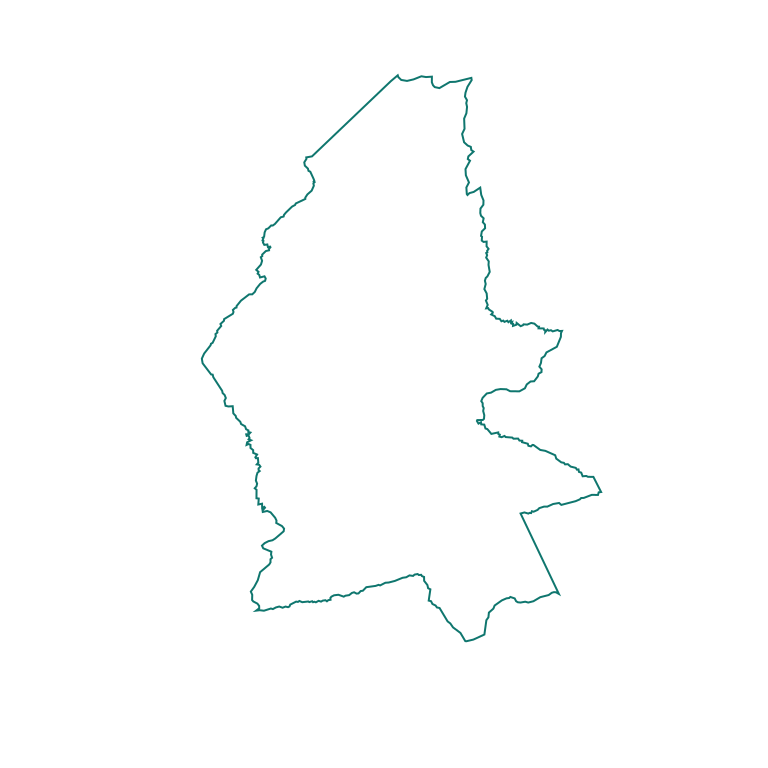 outline of Chinchipe, Zamora Chinchipe, Ecuador, rotated 63°
{"feature_id": "8360857B7366793693817", "entity_name": "Chinchipe", "entity_type": "district", "adm_level": 2, "iso_a3": "ECU", "parent_name": "Ecuador", "parent_adm1": "Zamora Chinchipe", "projection": "equal_earth", "projection_center": [-79.177, -4.854], "detail": "fine", "context": "isolated", "style": "outline", "palette": "teal", "viewbox_px": 768, "rotation_deg": 63, "n_neighbors": 0, "source": "geoboundaries", "source_scale": "gbopen_adm2", "svg_char_len": 6153}
<svg xmlns="http://www.w3.org/2000/svg" viewBox="0 0 768 768"><g transform="rotate(63 384 384)"><path d="M650.4,323.5L561.4,321.1L562.2,317.2L565.0,314.2L564.9,312.9L565.8,311.5L564.5,310.0L565.7,308.7L565.8,307.2L565.9,304.3L565.1,302.0L565.9,297.0L567.4,294.2L567.7,287.8L569.5,282.0L572.2,280.9L575.4,266.4L575.7,261.8L575.1,260.1L576.2,257.7L577.1,249.2L580.0,243.7L578.0,241.9L578.8,239.6L561.8,239.6L559.3,244.4L557.8,245.5L556.4,248.9L552.5,248.5L550.8,250.2L548.4,249.5L547.9,251.0L545.8,251.2L542.3,255.2L538.9,256.6L537.8,259.2L535.9,259.5L534.3,261.6L528.7,264.4L525.2,263.8L516.8,270.6L513.7,274.7L506.2,278.5L505.7,279.4L506.3,281.4L504.6,283.4L502.5,283.0L498.5,287.4L497.3,286.6L495.9,289.0L493.5,289.3L491.5,293.5L490.0,294.0L486.5,299.7L485.0,300.2L484.8,303.3L483.2,305.1L481.7,303.8L480.4,304.8L479.0,304.2L477.2,311.0L471.1,312.4L469.7,313.8L465.7,313.1L464.1,315.7L462.1,315.0L462.2,317.8L459.1,318.0L458.5,317.3L460.9,312.3L460.4,310.7L457.3,308.8L453.1,307.9L450.7,306.1L448.5,306.1L445.9,304.8L443.4,305.1L441.1,302.4L439.1,296.7L440.3,292.5L440.0,287.0L441.4,282.5L444.3,277.3L447.7,274.9L452.0,266.7L451.8,260.4L449.2,257.0L448.3,252.3L449.7,249.0L447.1,243.5L445.0,241.6L444.9,238.3L442.5,236.9L439.1,237.7L436.5,234.6L432.6,231.9L432.0,228.2L429.6,224.9L429.3,213.1L422.3,205.0L419.0,203.2L417.5,201.3L416.5,203.6L414.7,204.8L413.7,209.8L411.9,210.8L411.3,213.0L409.7,213.6L411.0,216.8L409.4,215.9L408.4,216.8L407.0,216.5L404.6,221.0L403.3,219.9L402.6,221.0L398.5,222.6L396.4,225.2L396.1,229.4L394.2,232.6L394.7,233.5L394.5,236.0L389.8,238.1L391.3,239.1L390.8,242.7L389.1,241.7L388.4,242.6L387.0,241.6L387.1,243.0L385.0,242.1L385.4,245.1L383.6,245.4L383.3,248.5L381.7,248.9L381.4,250.9L378.5,251.3L376.7,254.4L373.9,254.5L370.7,256.9L369.9,254.7L369.0,254.5L365.2,256.7L363.7,256.7L363.0,258.6L360.6,255.7L355.9,255.3L354.9,253.4L349.9,251.4L345.0,251.5L341.1,248.0L337.8,247.2L335.7,245.2L335.1,243.1L332.1,238.9L325.3,236.8L322.3,235.0L317.8,235.6L316.0,233.6L313.7,233.5L313.6,232.1L312.2,231.7L311.1,229.5L307.9,230.1L303.7,227.9L302.6,230.8L300.6,231.8L297.3,229.8L296.1,230.3L292.5,227.6L291.1,223.2L287.7,221.7L284.7,222.5L281.6,220.0L278.1,221.2L275.4,220.6L271.5,218.4L269.4,214.1L265.6,212.0L259.6,211.5L252.7,209.1L253.6,216.9L252.7,221.2L253.5,223.8L252.4,224.0L246.3,221.4L243.0,216.8L235.2,216.3L229.5,213.8L224.1,206.0L221.6,207.2L219.5,205.5L217.6,198.7L215.2,200.0L212.1,199.0L209.5,201.2L205.0,202.9L196.7,200.9L193.2,196.4L183.9,192.1L180.2,187.7L174.8,184.2L171.1,183.2L168.8,181.2L164.7,181.4L161.4,179.1L157.1,174.7L153.0,167.9L150.9,167.2L147.2,183.1L144.8,188.2L145.5,200.3L142.5,204.0L140.1,204.7L136.9,204.4L131.9,201.8L129.6,207.2L126.8,211.0L126.0,219.4L124.4,225.9L120.9,230.6L117.1,231.9L115.2,231.6L117.3,240.5L148.5,344.8L146.8,350.4L148.2,350.9L150.3,354.4L153.5,355.4L157.6,354.0L159.8,354.5L161.4,353.3L169.1,353.6L171.1,353.8L171.6,354.7L172.6,354.2L173.1,355.8L175.5,356.5L178.9,360.7L180.3,366.2L182.2,369.5L183.4,370.1L183.1,380.7L184.1,381.9L184.2,385.4L186.7,393.5L187.9,396.3L189.2,397.4L188.6,400.3L191.9,408.6L192.3,411.2L191.5,412.5L192.8,416.4L192.6,418.9L194.7,421.5L198.4,424.0L198.6,425.7L199.5,425.4L201.0,427.1L201.8,426.5L203.0,427.6L205.7,427.5L206.7,424.6L209.4,425.3L209.9,423.1L210.6,423.1L211.4,425.1L212.7,425.7L211.9,428.9L213.4,433.8L214.8,434.4L215.1,436.2L218.9,436.7L221.7,439.4L224.3,446.0L227.1,444.9L228.3,446.5L230.1,445.6L232.8,446.1L233.8,441.6L236.3,441.5L238.1,443.1L237.9,445.3L238.6,448.9L240.9,454.1L243.3,457.3L244.3,460.7L242.9,463.5L244.8,473.6L247.6,479.9L248.9,480.7L248.6,482.0L249.4,485.0L251.5,485.4L252.8,486.8L253.6,497.0L255.0,497.9L256.3,502.5L258.4,502.7L260.8,508.5L262.5,509.1L263.0,511.5L265.1,512.2L269.5,518.0L269.6,519.9L270.8,521.0L275.2,530.4L278.7,534.8L283.2,536.2L297.0,533.7L297.9,532.4L300.5,533.0L316.6,531.3L318.8,531.9L321.4,531.0L324.7,531.3L326.6,533.9L331.5,535.1L333.4,532.8L335.1,528.9L341.8,531.6L345.2,530.6L347.0,531.1L352.4,529.2L354.8,529.5L358.6,527.0L361.7,527.4L363.8,525.9L365.1,526.7L366.6,525.1L367.3,526.9L366.3,529.6L367.9,529.9L368.3,528.1L369.0,528.1L371.1,528.3L371.8,529.7L373.8,528.0L373.8,532.4L375.9,534.1L376.0,531.9L377.6,530.6L380.4,532.0L383.5,530.6L386.0,531.8L389.2,529.1L390.9,531.9L392.0,531.8L392.8,530.0L397.0,531.7L397.9,533.8L399.3,531.9L401.5,531.6L402.3,534.1L403.7,534.8L405.1,534.3L405.6,537.0L408.0,539.3L411.9,542.0L415.2,542.3L417.3,544.1L418.2,546.5L420.4,545.6L427.9,549.5L429.2,547.6L434.3,550.7L435.3,547.0L439.3,548.9L439.1,546.4L440.2,546.2L441.5,549.6L443.0,550.1L444.1,545.7L446.9,543.3L453.8,541.7L456.9,541.8L458.9,543.1L464.3,539.4L467.5,538.7L469.7,540.3L472.3,551.1L472.6,554.3L471.6,558.2L471.6,562.6L472.6,566.1L475.6,566.2L482.3,560.5L484.7,562.1L488.0,562.6L488.6,564.7L491.4,566.1L492.7,568.2L495.4,579.8L501.5,585.5L505.9,591.8L508.5,596.9L512.0,597.1L516.6,599.6L518.4,599.2L522.2,596.5L525.0,596.0L527.2,597.0L527.9,600.8L529.1,597.5L531.5,593.9L532.7,586.7L534.1,585.2L534.0,581.8L534.7,578.4L537.3,575.9L537.6,572.8L539.3,570.8L539.3,569.2L538.0,567.7L538.0,561.1L539.1,559.6L538.9,557.9L541.3,555.9L543.4,550.2L544.4,549.6L545.0,546.6L546.2,546.3L546.4,544.9L547.6,543.8L547.5,540.7L549.3,538.9L549.2,536.9L550.1,534.3L551.7,533.5L551.3,531.7L552.0,529.6L550.3,528.9L549.6,527.4L549.6,524.4L551.1,520.3L555.2,516.4L555.1,514.5L556.3,510.9L555.6,507.5L556.0,505.2L558.3,503.6L559.0,501.8L557.9,498.8L558.6,496.7L557.0,492.0L560.1,483.1L560.5,480.0L561.7,478.9L561.7,473.0L563.0,470.0L564.4,463.7L565.1,455.4L566.3,451.9L566.1,448.2L568.2,445.2L567.7,443.3L568.6,440.3L570.0,439.7L570.9,437.5L572.4,437.4L574.1,435.9L577.6,437.6L582.8,436.6L586.0,437.4L588.0,435.9L597.3,442.5L598.9,440.7L602.0,440.7L604.8,438.6L607.1,438.3L608.8,436.2L624.4,435.1L627.5,433.6L632.2,433.0L640.5,428.9L650.0,428.3L650.6,427.4L652.3,420.4L652.8,408.3L640.9,400.0L639.3,396.9L635.3,394.3L633.8,388.5L631.6,386.0L630.3,377.2L630.6,372.1L631.5,369.7L631.1,368.1L634.4,364.9L637.5,364.9L639.2,363.9L640.7,361.6L642.1,357.0L644.2,354.7L645.4,349.5L644.9,341.5L646.8,333.1L646.2,329.3L646.6,327.1L647.7,325.3L650.4,323.5Z" fill="none" stroke="#0f766e" stroke-width="2"/></g></svg>